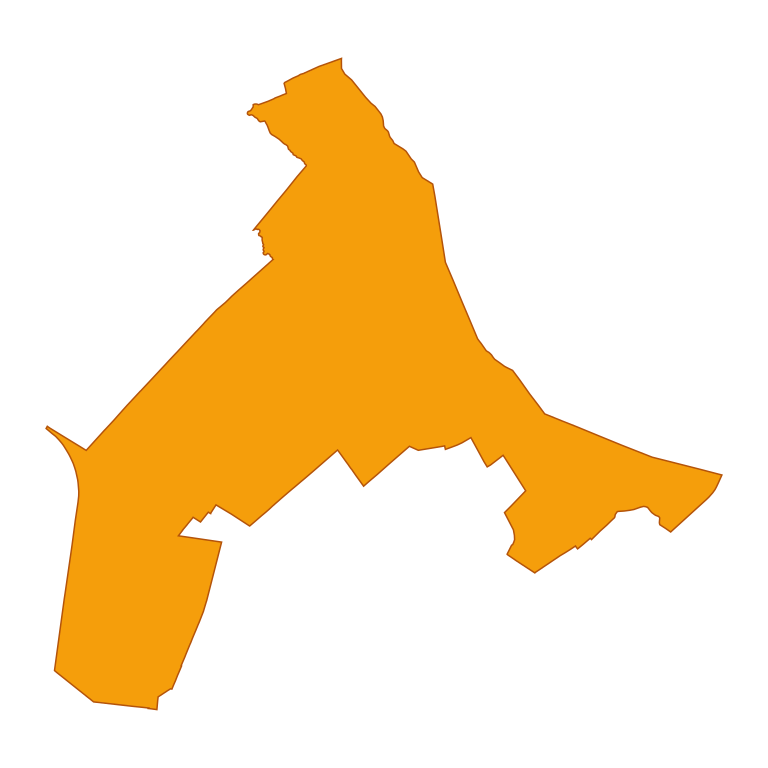 Blejoi, Prahova, Romania (orthographic projection)
{"feature_id": "2599482B27546040450350", "entity_name": "Blejoi", "entity_type": "district", "adm_level": 2, "iso_a3": "ROU", "parent_name": "Romania", "parent_adm1": "Prahova", "projection": "orthographic", "projection_center": [25.998, 44.974], "detail": "fine", "context": "isolated", "style": "filled", "palette": "amber", "viewbox_px": 768, "rotation_deg": 0, "n_neighbors": 0, "source": "geoboundaries", "source_scale": "gbopen_adm2", "svg_char_len": 6023}
<svg xmlns="http://www.w3.org/2000/svg" viewBox="0 0 768 768"><path d="M432.7,184.1L422.2,177.6L418.6,171.9L414.4,162.1L411.2,158.9L406.0,151.2L403.0,148.9L394.1,143.5L392.7,140.5L390.2,137.4L389.6,136.2L388.4,132.1L387.6,130.9L384.8,128.5L383.6,126.0L383.2,120.8L382.4,117.0L380.9,113.9L375.1,106.5L371.0,103.2L365.5,97.2L351.6,79.9L344.8,74.1L341.5,68.5L341.4,60.0L341.5,58.4L319.1,66.4L304.7,72.9L303.8,73.4L300.4,74.4L298.2,75.8L295.4,77.0L293.6,77.8L293.3,77.9L287.6,81.0L286.1,81.8L284.7,82.5L284.1,83.4L285.5,88.6L286.4,93.5L283.0,94.8L280.0,96.1L275.0,98.0L273.8,98.8L268.0,101.3L261.9,103.5L258.5,104.7L257.2,104.2L256.1,104.0L254.5,104.1L253.2,104.6L253.2,105.4L253.1,107.1L252.9,107.4L252.4,108.0L251.9,108.9L251.2,109.8L250.7,110.5L250.2,110.8L249.6,111.1L249.0,111.2L248.3,111.5L247.9,111.8L247.6,112.4L247.4,113.0L247.4,113.6L247.5,114.0L247.8,114.4L248.1,114.6L249.1,115.2L249.4,115.2L249.6,115.3L249.9,115.2L250.4,115.0L250.7,114.9L251.1,114.8L251.4,114.8L251.7,114.9L253.0,115.4L254.5,116.8L255.2,117.4L256.7,118.1L257.5,118.8L258.1,119.9L259.3,121.3L260.3,121.8L262.6,121.4L264.6,121.0L265.1,121.4L266.0,123.2L267.1,125.1L268.0,127.3L269.1,130.4L270.2,133.0L271.6,134.5L275.1,136.5L279.1,139.2L281.0,140.9L283.3,143.1L284.5,144.0L286.1,144.8L287.6,146.0L288.5,149.2L290.2,150.5L290.5,151.4L292.9,153.2L293.2,154.6L294.1,155.1L295.9,155.8L296.9,157.3L299.1,158.0L301.2,158.9L302.4,160.6L304.1,161.8L304.7,163.7L306.2,165.0L306.3,165.3L306.2,166.0L297.2,176.5L286.2,190.3L279.7,198.1L277.6,200.6L268.0,212.4L256.5,226.3L253.4,230.1L253.6,230.1L255.9,228.8L257.3,229.5L258.0,229.2L258.9,229.4L259.4,229.9L259.7,230.2L260.0,230.6L260.0,231.1L259.6,232.7L259.1,233.0L258.6,233.5L258.6,234.2L258.7,234.9L258.9,235.5L259.7,235.7L260.3,236.0L260.8,236.4L261.0,236.7L261.4,236.7L261.7,237.1L261.9,237.2L262.1,237.3L262.2,237.5L262.1,240.1L262.7,242.6L262.8,243.5L263.0,243.9L263.4,244.2L263.6,244.6L263.6,244.8L263.5,245.0L263.4,245.1L263.2,245.4L263.1,245.7L262.9,246.0L262.9,246.3L262.9,246.5L263.0,246.7L263.1,246.9L263.3,247.1L263.7,247.2L263.9,247.4L263.9,247.6L264.0,247.7L263.9,247.9L263.8,248.1L263.6,248.4L263.5,248.6L263.3,249.0L263.2,249.4L263.2,249.6L263.2,250.0L263.3,250.2L263.7,250.7L263.9,250.9L264.0,251.2L264.0,251.4L264.0,251.6L263.9,251.8L263.6,252.2L263.3,252.4L263.2,252.7L263.2,253.0L263.3,253.5L263.4,253.8L263.7,254.2L264.2,254.6L264.8,254.8L265.3,254.9L265.9,254.8L266.3,254.6L266.7,254.3L267.2,253.8L267.5,253.5L267.8,253.5L268.4,253.8L269.1,254.1L269.5,254.4L269.9,254.8L269.9,255.0L270.1,255.4L270.2,255.9L270.5,256.3L270.7,256.5L271.2,256.9L271.7,257.2L272.0,257.4L272.2,257.6L272.4,258.0L272.4,258.4L272.5,258.7L272.6,259.0L272.8,259.3L273.1,259.5L272.8,259.7L252.5,277.8L245.8,283.8L238.9,289.8L232.0,296.0L225.4,302.5L218.1,308.6L216.6,309.9L214.2,312.5L209.1,317.8L205.2,321.9L203.2,324.2L202.9,324.5L197.2,330.6L195.7,332.1L178.3,350.7L177.9,351.2L175.2,354.0L168.5,361.1L165.4,364.5L163.8,366.2L160.8,369.4L158.4,372.0L141.6,389.9L141.3,390.3L140.2,391.3L130.6,401.6L127.5,404.9L125.8,406.8L122.9,410.0L113.6,420.5L105.4,429.3L104.4,430.3L86.2,450.4L79.1,446.0L77.6,445.1L72.2,441.8L61.4,435.2L49.7,428.0L47.3,426.3L46.1,428.5L49.1,431.0L51.9,433.4L55.7,436.4L58.9,439.8L61.8,443.2L63.5,445.5L66.3,450.0L68.8,454.2L70.1,456.7L72.1,460.9L73.3,463.6L74.9,468.3L75.9,471.6L76.5,474.4L77.1,477.1L77.7,479.8L78.1,483.0L78.8,491.5L78.7,496.0L78.0,502.4L75.3,520.5L72.2,544.1L71.5,549.1L65.2,592.7L64.3,598.6L60.2,628.6L54.5,670.5L55.4,671.4L93.6,701.9L133.3,706.4L141.3,707.2L148.7,708.0L148.4,708.5L151.1,708.8L156.9,709.6L157.7,700.5L158.1,696.9L168.0,690.4L170.6,688.8L171.9,689.1L173.8,684.5L175.4,680.9L177.7,675.0L178.3,673.7L181.5,666.1L181.1,666.0L181.1,665.8L182.1,663.4L184.2,658.5L185.0,656.6L185.8,654.5L189.6,645.2L189.9,644.5L190.8,642.5L192.2,638.9L193.3,636.2L195.9,630.1L196.6,628.3L196.9,627.7L197.8,625.4L199.2,622.2L203.5,611.2L203.7,610.4L206.3,601.7L206.6,600.9L221.6,542.1L192.9,537.9L178.4,535.8L182.6,530.3L182.5,530.2L186.9,525.0L187.8,523.8L191.9,518.9L193.1,517.3L200.5,522.0L208.3,512.2L209.6,513.0L210.1,513.3L210.7,513.6L211.0,512.7L216.0,504.9L231.5,514.2L249.6,526.0L249.8,525.9L255.5,521.0L261.7,515.6L265.8,512.2L269.0,509.4L270.7,507.8L272.7,505.9L273.8,505.0L275.1,503.8L278.9,500.5L280.2,499.3L287.5,493.0L292.1,489.1L295.6,486.2L301.7,481.0L302.7,480.2L312.2,472.1L336.2,451.2L337.6,450.0L342.1,456.2L343.4,458.0L346.4,462.2L348.2,464.6L349.6,466.7L350.0,467.2L350.6,468.1L351.2,468.9L351.5,469.2L351.7,469.4L352.5,470.6L356.1,475.8L359.8,480.9L360.3,481.6L362.0,484.0L363.0,485.3L363.4,485.9L363.6,486.2L369.4,481.1L377.1,474.6L387.8,465.1L394.2,459.5L409.4,446.3L418.3,450.3L441.5,446.5L444.6,445.9L445.4,449.4L452.0,447.0L457.3,445.0L462.0,442.8L470.9,437.6L484.0,461.7L487.2,466.9L490.5,465.0L503.1,455.3L504.9,458.0L525.7,490.8L513.5,503.5L510.6,506.5L504.5,512.6L513.4,529.8L514.4,535.3L514.6,539.7L513.8,542.1L512.7,544.6L511.6,545.2L507.1,554.2L507.5,554.7L517.1,561.3L534.8,572.9L534.9,572.7L560.1,555.7L565.3,552.6L570.7,549.2L575.5,546.0L576.3,547.3L577.6,548.9L583.1,544.4L590.2,538.3L591.5,539.6L600.3,530.9L606.7,525.2L611.3,520.7L614.4,517.8L614.9,516.8L615.0,515.7L615.4,514.3L617.3,511.6L618.4,511.4L624.3,511.0L629.6,510.3L633.9,509.5L640.4,507.2L643.6,506.4L645.7,506.7L647.6,507.4L650.2,510.7L651.7,512.5L653.8,514.1L655.5,515.3L658.0,516.2L658.8,516.6L659.7,517.8L659.7,518.5L659.5,520.9L659.4,522.1L659.4,523.0L659.8,524.7L665.7,528.5L670.7,532.0L671.2,531.5L706.3,499.6L708.8,497.2L712.7,492.8L715.0,489.6L716.4,487.0L718.2,483.2L721.9,475.0L720.0,474.5L718.0,474.0L701.6,469.7L668.9,461.4L652.2,457.2L621.7,445.2L597.0,435.1L576.6,426.7L562.7,421.2L544.7,413.9L538.5,405.5L529.6,393.9L519.7,379.9L512.6,370.4L506.7,367.5L504.6,366.4L499.4,362.6L494.7,359.3L493.4,357.7L492.7,356.7L491.5,354.9L490.1,353.5L488.9,352.4L487.2,351.4L486.2,350.7L481.1,343.4L479.2,341.0L477.6,338.8L470.7,322.3L462.4,302.7L452.7,279.4L445.4,262.3L441.1,235.0L434.9,196.3L432.7,184.1Z" fill="#f59e0b" stroke="#b45309" stroke-width="1.5"/></svg>